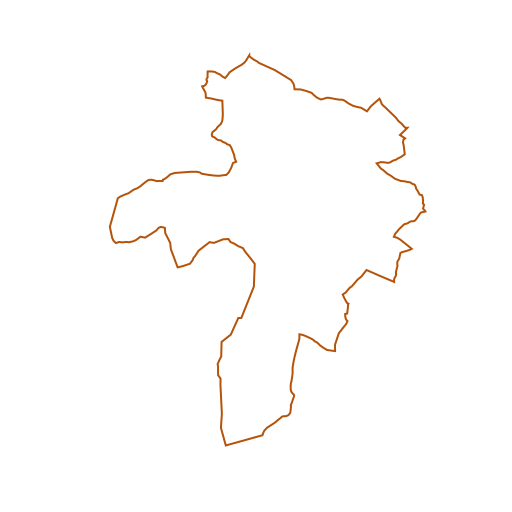 the district of Orlu, Imo, Nigeria, rotated 197°
{"feature_id": "59680162B21498960785654", "entity_name": "Orlu", "entity_type": "district", "adm_level": 2, "iso_a3": "NGA", "parent_name": "Nigeria", "parent_adm1": "Imo", "projection": "albers", "projection_center": [7.037, 5.818], "detail": "fine", "context": "isolated", "style": "outline", "palette": "amber", "viewbox_px": 512, "rotation_deg": 197, "n_neighbors": 0, "source": "geoboundaries", "source_scale": "gbopen_adm2", "svg_char_len": 4798}
<svg xmlns="http://www.w3.org/2000/svg" viewBox="0 0 512 512"><g transform="rotate(197 256 256)"><path d="M405.0,270.8L404.3,241.2L398.8,231.2L396.6,228.8L393.6,227.4L391.3,229.3L387.7,230.0L384.0,231.6L381.5,232.0L377.5,234.3L375.5,236.1L372.1,240.7L367.5,241.1L363.2,246.0L358.9,251.1L357.2,254.7L355.2,256.1L351.4,256.3L349.5,251.4L341.9,243.5L339.4,237.6L327.6,222.2L323.2,224.8L316.9,229.3L315.4,233.4L315.2,236.0L314.2,238.3L312.4,244.4L304.4,255.7L300.1,256.2L292.4,262.3L287.3,264.2L284.5,261.9L280.1,261.4L275.7,260.2L270.8,259.7L267.0,256.5L259.8,251.7L254.9,248.1L249.1,226.1L251.9,192.5L254.8,191.5L257.1,173.5L263.8,163.8L259.9,149.8L260.7,144.9L261.1,141.3L260.1,139.7L259.0,135.9L257.4,131.0L254.0,128.3L252.3,122.3L242.5,95.1L239.3,81.4L229.5,66.0L197.4,86.5L197.4,88.9L197.2,90.0L197.0,91.4L196.5,92.4L195.6,94.2L195.2,95.1L194.1,96.3L192.7,98.0L190.7,100.4L189.6,101.7L188.3,103.5L187.4,105.1L186.3,106.7L185.3,108.0L184.7,109.1L184.1,110.0L183.1,110.7L182.1,111.0L181.5,111.2L179.8,112.1L178.6,113.1L177.6,115.2L177.4,116.3L177.8,118.7L178.1,119.9L178.6,122.6L179.1,123.4L178.8,126.4L178.8,129.3L178.7,130.8L178.6,132.7L178.8,133.9L179.5,134.6L180.4,135.0L182.2,136.3L183.4,137.7L184.6,140.9L185.4,144.3L185.5,146.8L186.2,151.7L186.7,154.6L188.3,159.6L189.1,165.2L189.7,172.1L190.0,178.4L190.2,187.6L190.4,190.0L191.6,193.8L189.5,194.1L186.6,194.1L183.0,193.7L179.0,193.1L176.5,192.5L175.0,191.6L172.6,191.2L170.3,190.2L168.8,189.3L164.6,187.9L160.7,186.9L157.3,187.4L152.6,188.2L154.5,194.3L154.2,206.3L152.7,210.3L151.2,214.2L149.9,217.3L149.5,220.5L151.3,221.6L152.8,223.9L153.8,226.6L152.0,227.6L152.4,229.9L153.0,233.5L153.7,236.0L153.6,237.4L155.2,237.7L156.9,239.3L159.2,241.5L161.8,244.5L159.6,247.2L157.7,251.7L156.6,253.8L155.6,254.8L151.9,263.2L149.2,267.2L146.2,274.9L132.5,273.3L119.3,271.9L117.1,271.7L116.3,271.6L117.1,273.9L117.1,275.5L116.5,277.7L116.7,279.5L117.5,281.6L117.6,284.3L117.8,286.4L117.8,288.1L118.6,289.5L119.1,291.9L118.6,294.1L118.3,295.6L118.8,301.0L117.5,302.4L113.9,304.6L110.8,306.8L109.2,308.4L113.6,310.2L122.7,313.8L126.1,314.7L129.3,314.7L129.8,314.7L129.5,316.9L129.3,318.2L128.0,321.0L127.1,323.4L125.6,326.0L124.2,328.6L123.3,329.9L122.3,330.5L121.3,331.1L120.3,331.9L119.6,332.9L118.7,333.8L117.9,334.4L117.1,334.8L115.2,335.5L114.4,336.3L113.8,337.5L113.2,339.2L112.4,341.8L111.6,344.3L111.2,345.4L110.7,346.0L110.2,346.3L109.6,346.6L107.0,348.1L107.6,348.7L110.1,350.1L110.2,352.4L110.3,354.2L111.8,355.0L112.3,357.4L113.8,361.0L115.1,362.7L117.6,362.6L120.2,365.3L122.7,367.4L123.4,368.8L125.1,370.6L127.4,370.7L130.3,371.5L132.5,371.1L136.2,370.8L139.4,370.1L145.8,370.5L150.3,372.1L154.8,373.2L159.4,375.3L162.1,376.1L167.7,379.9L165.5,381.3L164.2,382.2L161.2,383.0L157.1,383.6L155.3,384.6L152.7,387.4L150.3,389.0L148.7,390.9L146.2,393.2L143.5,396.8L145.8,402.0L146.9,404.5L148.7,407.7L149.0,410.5L147.8,412.1L153.7,413.8L151.1,418.4L149.0,422.2L148.7,422.9L150.5,422.2L153.1,423.6L155.2,425.0L157.4,425.9L159.8,427.0L161.8,428.6L164.0,429.9L168.2,432.0L175.2,435.6L178.5,437.1L179.7,437.8L180.5,438.5L181.3,439.6L181.7,440.1L181.9,440.3L182.6,441.3L183.9,442.5L184.4,441.7L186.8,437.9L189.9,432.8L192.2,426.8L198.8,428.5L202.7,428.1L207.0,428.0L212.0,428.9L214.4,429.7L216.9,430.5L218.9,430.7L222.5,429.8L226.1,429.3L231.9,428.7L234.4,428.1L238.4,425.4L239.6,424.7L241.8,424.9L244.7,425.5L249.0,427.4L250.5,428.3L256.2,428.5L262.1,428.3L267.9,426.7L269.3,429.9L270.6,431.8L273.9,434.5L292.4,439.3L309.6,441.5L311.8,442.4L315.8,443.2L318.3,444.1L320.8,445.1L321.1,446.0L321.7,443.8L322.2,441.6L322.9,439.3L323.9,437.1L325.9,434.4L328.1,432.1L329.8,430.3L331.5,428.3L334.9,424.1L336.2,420.3L337.5,417.2L339.2,417.5L340.6,417.8L343.2,419.0L347.0,419.5L349.3,420.0L352.8,419.4L356.2,418.3L354.5,412.5L355.0,410.9L354.9,410.0L354.1,409.2L353.7,408.7L353.8,407.7L353.9,406.6L354.1,405.3L355.0,403.8L357.1,402.5L356.4,401.7L355.4,400.7L354.1,399.5L352.7,398.1L351.8,397.0L351.3,395.8L350.3,392.8L344.9,393.5L338.1,394.0L333.6,394.7L330.5,385.7L329.0,381.3L328.0,376.8L327.8,375.0L328.2,372.1L329.5,369.8L330.5,368.0L331.3,365.4L333.8,361.7L333.9,359.4L333.0,357.7L331.8,357.4L330.2,357.3L328.0,356.3L326.1,355.8L324.4,356.1L323.1,356.2L321.2,355.4L318.2,355.2L316.2,354.4L313.6,354.4L311.5,352.6L306.4,346.2L305.9,345.0L304.5,342.6L302.5,340.3L303.9,339.3L305.2,338.2L305.5,333.0L306.5,327.9L308.1,324.9L315.0,321.8L320.0,320.6L325.0,319.7L332.0,318.8L334.2,319.5L337.4,319.2L343.2,317.4L358.1,311.6L361.7,309.1L363.6,306.1L364.7,304.5L366.2,302.6L367.3,301.8L367.2,300.5L368.1,300.1L370.8,299.4L373.0,298.5L375.4,298.6L377.9,298.4L379.6,297.9L381.1,297.1L382.6,295.4L385.1,291.8L386.6,289.4L389.3,286.1L390.8,285.0L392.6,283.4L396.4,278.6L398.9,276.8L403.2,273.1L405.0,270.8Z" fill="none" stroke="#b45309" stroke-width="2"/></g></svg>